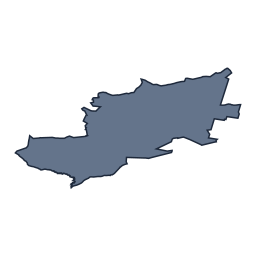 outline of Jērcēnu pag., Strencu, Latvia
{"feature_id": "27541924B36272481510247", "entity_name": "Jērcēnu pag.", "entity_type": "district", "adm_level": 2, "iso_a3": "LVA", "parent_name": "Latvia", "parent_adm1": "Strencu", "projection": "natural_earth1", "projection_center": [25.654, 57.674], "detail": "fine", "context": "isolated", "style": "filled", "palette": "slate", "viewbox_px": 256, "rotation_deg": 0, "n_neighbors": 0, "source": "geoboundaries", "source_scale": "gbopen_adm2", "svg_char_len": 5212}
<svg xmlns="http://www.w3.org/2000/svg" viewBox="0 0 256 256"><path d="M141.1,79.1L142.2,82.1L142.2,82.6L141.5,83.9L140.9,85.1L139.0,87.0L137.8,87.8L136.5,88.6L133.9,92.5L131.3,92.7L128.7,93.7L126.5,93.3L119.6,94.9L118.3,95.1L117.9,94.9L112.7,95.4L111.3,95.0L108.3,93.9L107.1,93.3L105.8,92.5L105.2,92.6L103.1,92.2L100.8,92.6L99.2,93.0L98.8,93.3L98.3,93.8L98.2,94.2L98.1,96.3L98.6,96.6L99.0,97.0L98.8,97.6L97.8,97.7L93.8,97.8L93.3,97.9L93.1,98.1L92.8,98.4L92.5,98.9L92.2,99.7L93.4,100.1L93.5,102.2L90.7,102.9L93.1,106.1L95.1,106.2L100.4,106.8L98.1,108.9L95.9,111.1L92.5,111.0L91.3,110.8L91.1,110.8L84.0,107.4L81.8,108.8L82.5,109.8L83.3,110.5L84.7,110.9L86.6,114.7L86.4,114.6L84.1,119.1L83.7,120.2L83.3,121.0L87.3,123.4L85.2,125.8L85.5,126.8L85.6,127.6L86.3,127.8L85.4,129.5L86.3,129.7L87.3,135.1L86.7,135.4L87.3,135.7L85.4,136.4L73.6,137.6L69.5,136.1L66.9,137.0L64.4,138.3L59.6,138.3L58.1,138.1L55.8,138.1L52.4,137.4L43.2,137.7L41.2,137.8L40.1,137.7L39.4,138.0L33.2,138.5L29.7,135.7L29.2,138.9L28.9,139.9L28.4,143.1L28.3,144.3L27.8,146.1L26.3,147.8L17.2,151.0L16.8,151.2L15.4,152.9L19.0,155.0L18.9,155.4L19.8,156.3L21.7,157.7L23.7,159.4L23.8,159.8L24.2,160.2L24.9,160.8L25.8,161.1L27.3,162.9L27.4,164.1L27.9,164.7L28.7,165.5L31.6,166.4L33.5,166.7L35.7,167.5L37.8,168.1L38.9,168.8L39.9,169.1L40.5,169.8L41.7,169.9L44.9,169.1L48.2,169.8L48.7,169.6L49.5,169.9L49.8,169.7L49.9,169.8L50.0,169.9L50.2,170.0L50.7,169.9L51.3,170.3L51.7,170.5L51.9,170.7L52.0,170.8L52.2,171.0L52.5,171.0L52.9,171.0L53.2,171.1L53.3,170.9L53.7,170.8L53.9,170.9L53.9,171.2L54.1,171.2L54.2,171.4L54.3,171.4L54.3,171.6L54.5,171.6L54.6,171.8L54.8,171.7L55.1,171.8L54.9,171.9L55.0,172.1L55.3,172.0L55.8,172.4L56.0,172.3L56.2,172.5L56.5,172.5L56.8,172.5L57.0,172.8L57.3,172.9L57.3,173.0L57.4,173.3L57.6,173.2L58.0,173.2L58.0,173.4L58.5,173.3L58.4,173.2L58.5,173.1L58.4,173.1L58.7,173.1L58.8,173.1L59.0,173.4L59.2,173.2L59.5,173.3L59.7,173.2L59.7,173.3L59.9,173.3L60.0,173.4L59.8,173.4L59.8,173.5L60.1,173.6L60.3,173.4L60.5,173.4L60.7,173.2L61.1,173.1L61.4,173.0L61.7,173.5L61.8,173.5L61.7,173.8L61.9,173.9L62.1,173.9L62.7,174.1L62.8,174.1L62.9,173.9L63.2,173.5L63.5,173.3L63.9,173.2L64.1,173.3L64.6,173.6L64.9,173.6L65.2,174.0L65.4,174.1L65.9,174.0L66.1,174.1L66.3,174.0L66.6,174.0L66.8,174.0L67.0,174.1L67.0,174.3L67.3,174.3L67.5,174.5L67.4,174.6L67.2,174.6L67.5,174.8L67.6,175.0L67.8,175.1L68.1,175.1L68.6,175.2L69.1,175.1L69.4,175.3L69.4,175.6L70.1,175.8L70.2,176.0L70.1,176.6L69.9,176.6L70.0,176.8L70.8,177.0L71.7,177.3L72.0,177.2L72.1,177.3L72.3,177.2L72.5,177.2L72.9,177.4L73.4,177.4L73.7,177.2L74.0,177.4L73.8,177.6L74.2,177.6L74.1,177.8L73.6,177.9L74.0,178.2L74.1,178.3L73.8,178.3L73.7,178.4L73.7,178.5L74.0,178.7L73.9,178.9L73.9,179.0L74.4,179.0L74.6,179.2L74.5,179.3L74.1,179.3L73.5,179.9L73.7,180.2L73.4,180.4L73.5,180.4L74.7,181.3L75.0,181.4L75.0,181.5L74.7,181.6L74.4,181.5L74.4,181.4L74.2,181.5L74.1,182.0L73.9,182.2L73.9,182.3L74.0,182.5L74.5,182.5L74.2,182.9L73.7,182.7L73.1,182.5L72.8,182.5L72.7,182.5L72.6,182.8L72.8,183.1L72.6,183.3L72.0,183.4L71.7,183.6L71.3,183.6L71.2,183.7L71.1,183.9L71.1,184.0L71.4,184.2L71.3,184.4L71.2,184.5L71.7,184.5L71.8,184.5L71.6,184.7L71.7,185.0L71.9,185.4L71.7,185.6L71.4,185.6L71.4,186.0L71.6,186.2L71.1,186.5L71.2,186.8L71.1,187.3L71.2,187.7L72.4,186.6L73.3,186.0L76.8,185.1L79.0,184.2L81.2,183.1L82.2,182.3L83.6,180.8L84.1,180.4L85.6,179.5L88.5,178.2L89.6,177.2L90.8,176.8L91.8,176.9L93.9,177.0L94.4,176.9L97.9,176.5L100.0,176.5L100.8,176.5L101.9,176.3L104.0,175.5L104.6,175.4L105.6,175.5L106.6,175.5L108.7,175.3L109.4,175.3L110.2,175.5L110.4,175.2L110.9,174.8L111.8,174.8L112.0,174.9L113.4,174.1L114.4,173.4L119.6,167.9L119.6,167.7L120.1,167.1L120.3,167.2L120.9,166.7L122.2,165.6L123.4,165.0L125.1,164.3L127.1,163.8L126.2,161.8L126.5,157.4L144.8,158.0L145.1,157.9L145.5,158.0L148.1,158.3L148.5,158.4L151.7,157.5L171.5,152.5L171.5,152.3L171.4,152.3L171.6,152.1L171.9,151.5L172.0,151.3L172.1,150.9L172.1,150.4L169.5,150.8L167.2,151.1L158.8,149.4L156.4,148.9L171.4,141.7L172.2,139.1L173.5,138.3L177.7,137.8L177.8,138.3L182.2,137.3L183.6,137.1L189.7,139.5L193.4,141.2L201.0,144.7L201.7,145.2L214.5,142.1L216.3,141.8L216.1,141.0L216.2,140.2L217.2,139.3L208.5,137.9L209.7,134.2L209.2,133.6L207.2,130.2L211.0,129.7L214.3,118.8L224.2,120.3L224.5,119.3L225.9,119.5L226.9,116.6L237.9,118.2L239.2,114.0L238.4,112.0L240.6,104.6L239.5,104.6L236.0,105.1L233.7,105.2L233.3,105.1L232.8,104.9L231.5,104.8L230.6,104.3L228.5,104.0L228.1,104.1L226.4,104.5L225.4,104.9L224.1,105.1L222.3,105.2L220.4,105.0L228.7,79.1L225.7,77.5L231.6,72.9L230.2,70.5L227.7,68.3L226.7,68.4L226.4,68.6L226.1,68.9L225.1,69.3L223.1,70.9L222.4,71.3L222.1,71.6L220.8,72.6L217.4,73.3L217.2,73.3L216.7,73.0L216.2,72.8L215.7,72.9L210.2,76.7L206.2,76.4L202.8,76.6L201.2,77.4L199.7,77.7L192.8,79.3L187.4,78.3L187.0,78.3L185.8,78.4L185.5,78.8L185.0,80.2L184.6,81.0L184.5,81.3L184.2,81.4L182.3,81.5L181.9,81.5L181.6,81.6L180.9,81.7L176.7,82.6L174.3,83.4L170.1,84.4L167.9,84.6L165.9,85.2L162.8,85.6L161.2,85.9L160.8,85.8L159.2,85.4L157.8,84.8L157.4,84.6L156.5,84.4L155.1,84.5L153.7,84.6L153.3,84.6L153.0,84.5L151.9,84.0L150.8,83.3L148.8,82.3L147.8,81.9L145.3,80.3L142.4,79.4L141.1,79.1Z" fill="#64748b" stroke="#1e293b" stroke-width="1.5"/></svg>